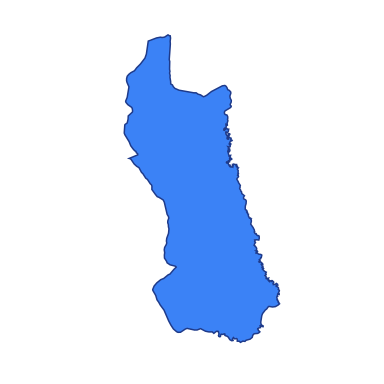 outline of Samfya, Luapula, Zambia, rotated 345°
{"feature_id": "96606910B51649803270254", "entity_name": "Samfya", "entity_type": "district", "adm_level": 2, "iso_a3": "ZMB", "parent_name": "Zambia", "parent_adm1": "Luapula", "projection": "robinson", "projection_center": [29.71, -11.747], "detail": "fine", "context": "isolated", "style": "filled", "palette": "blue", "viewbox_px": 384, "rotation_deg": 345, "n_neighbors": 0, "source": "geoboundaries", "source_scale": "gbopen_adm2", "svg_char_len": 6108}
<svg xmlns="http://www.w3.org/2000/svg" viewBox="0 0 384 384"><g transform="rotate(345 192 192)"><path d="M188.8,34.9L183.6,47.0L181.2,50.5L175.2,55.1L170.7,57.7L167.8,60.0L163.9,60.9L161.4,62.0L159.4,63.4L158.2,65.5L157.6,67.6L157.6,69.4L158.3,74.1L153.9,83.8L151.4,87.1L151.4,88.4L152.6,91.0L155.6,94.6L155.9,96.0L155.6,98.4L155.1,99.4L150.1,102.0L149.1,105.1L147.3,108.5L144.7,109.5L144.3,110.2L142.0,116.9L141.8,117.8L142.0,119.4L144.3,127.2L144.8,131.5L146.2,135.1L147.3,137.3L148.3,138.2L148.4,139.7L149.4,140.9L149.2,142.1L140.0,143.3L141.0,143.9L141.6,144.8L143.4,150.0L145.2,152.8L147.1,154.8L148.3,160.0L149.3,161.6L150.9,166.7L152.2,168.3L153.8,173.2L154.7,174.6L154.8,176.0L153.9,179.2L156.0,184.8L157.2,187.5L158.7,188.6L162.1,192.2L162.6,194.6L162.2,207.2L162.9,209.6L162.8,211.2L161.1,213.7L160.6,215.4L160.7,217.4L160.2,219.6L160.2,221.6L158.6,225.9L155.6,230.2L154.6,232.7L154.4,234.7L153.6,236.0L151.2,238.5L150.2,240.7L149.9,243.6L149.0,245.7L148.3,248.7L149.4,252.0L149.7,254.1L150.1,254.5L152.0,256.7L156.3,259.1L157.1,259.8L157.3,260.5L154.6,262.0L149.4,265.6L147.6,265.8L142.3,268.2L139.1,268.6L134.6,270.6L131.1,273.0L128.8,276.0L128.7,276.9L130.2,282.6L130.3,287.1L131.3,289.8L132.1,293.0L134.4,298.8L136.1,310.4L137.2,315.2L138.6,319.5L141.0,323.0L142.1,323.9L144.6,324.5L150.3,322.6L152.0,322.5L158.8,326.0L161.2,326.6L164.9,326.2L168.9,329.9L171.8,331.4L175.4,332.4L176.5,334.2L179.5,332.9L181.0,333.2L181.4,333.6L181.2,334.4L181.4,336.1L180.4,337.5L180.5,338.4L181.2,339.0L182.0,339.0L183.1,337.0L183.8,337.0L185.0,337.6L186.3,337.3L187.0,337.7L187.0,338.0L186.6,338.7L186.9,339.3L188.7,340.5L189.5,341.7L190.3,344.4L191.8,345.9L193.2,346.1L193.4,345.9L192.9,344.6L194.3,343.3L195.3,345.0L197.1,345.1L197.5,345.6L197.5,346.4L197.1,347.8L199.0,348.4L199.9,349.8L202.5,349.2L204.5,350.0L205.9,349.2L210.0,349.2L212.6,348.0L213.6,346.1L215.4,345.0L218.9,345.6L221.0,345.0L221.4,344.5L220.3,342.9L220.3,342.0L219.9,341.4L220.1,341.0L221.7,340.6L223.0,340.7L223.2,340.1L223.1,338.8L223.7,338.7L224.9,340.1L225.8,340.5L226.1,339.9L224.8,338.5L224.5,337.3L224.7,335.6L227.4,329.5L228.7,327.7L232.2,325.0L233.9,324.3L235.7,322.8L236.7,322.4L240.0,323.9L242.9,324.3L245.9,323.5L247.5,322.7L247.1,322.3L247.4,321.7L246.7,320.7L247.2,319.9L246.6,319.3L246.7,318.2L246.2,318.0L246.6,317.1L246.6,315.7L246.9,315.1L247.8,314.9L247.7,313.8L248.4,313.3L248.5,312.8L249.7,313.5L249.9,312.8L249.4,311.8L250.8,310.1L250.9,309.6L250.1,308.4L250.5,308.0L250.7,306.9L249.7,305.2L249.0,305.1L248.9,304.7L250.3,303.7L250.7,304.0L250.8,303.3L249.8,302.1L248.3,302.9L247.6,302.4L246.6,302.5L246.6,301.1L247.4,300.6L247.6,300.1L246.7,298.5L246.4,298.3L245.8,298.9L245.4,298.2L244.5,298.1L244.0,298.8L243.7,298.8L242.9,297.3L243.7,297.2L242.7,296.0L243.7,295.0L242.2,294.8L241.6,295.1L241.2,294.8L241.7,293.2L240.9,291.5L242.2,291.1L242.3,290.6L242.0,290.4L241.9,289.8L243.0,288.7L241.5,287.3L240.1,284.8L241.3,284.5L241.1,283.9L240.2,283.2L241.2,282.7L240.5,281.6L240.5,280.6L240.2,279.7L240.6,279.6L241.6,280.4L241.7,279.8L240.7,277.8L239.9,277.3L238.8,277.3L238.6,276.8L239.9,276.7L240.0,276.0L239.4,275.6L239.4,274.8L241.1,274.2L241.3,273.3L242.0,273.2L243.1,271.0L242.3,270.1L240.3,269.3L239.1,267.8L238.1,267.7L238.3,267.0L239.5,266.7L238.6,265.5L239.7,265.8L239.3,264.5L239.9,263.1L239.4,261.4L238.9,261.0L239.0,260.4L238.2,259.6L239.2,258.0L240.2,257.4L239.7,256.1L240.2,255.7L240.1,254.6L242.2,254.9L244.1,255.7L245.0,254.1L245.4,252.3L245.2,251.4L244.0,251.1L243.6,250.6L243.2,248.9L242.6,249.0L242.1,248.3L241.8,246.9L242.3,246.7L242.1,246.0L242.4,245.0L241.8,242.1L240.4,238.2L241.7,235.8L242.0,234.6L241.8,233.9L242.3,233.3L241.8,233.1L241.8,232.3L240.8,232.2L240.6,231.6L240.6,230.9L240.3,230.3L240.4,228.7L240.8,228.1L240.2,227.6L240.0,226.5L240.3,226.1L240.1,225.8L239.8,226.0L239.6,225.4L240.2,225.0L240.2,224.6L239.9,223.6L239.1,223.0L239.0,222.2L239.9,219.3L241.2,217.3L242.1,214.7L241.8,213.5L240.1,211.9L240.5,210.2L241.7,209.2L239.7,206.4L239.9,204.6L239.4,203.9L239.5,202.8L239.0,201.6L239.0,200.7L239.6,200.1L239.7,199.4L240.4,198.2L239.3,194.8L239.4,194.3L238.6,191.2L239.0,190.6L240.9,189.2L240.9,188.1L240.5,187.8L241.1,187.4L240.8,186.5L241.7,186.0L241.5,185.1L242.2,183.2L241.7,181.6L243.0,180.7L242.5,180.4L242.5,179.4L241.9,179.5L241.5,179.2L241.5,178.9L242.2,179.1L242.2,177.0L241.9,177.0L241.5,177.8L241.0,176.6L239.3,175.8L238.2,177.9L237.9,176.7L237.2,178.3L235.5,177.7L235.3,177.4L235.8,177.1L235.6,175.8L234.8,176.1L234.2,173.6L232.9,172.8L232.9,172.3L233.2,171.9L233.5,172.0L235.0,173.1L235.3,172.8L234.6,172.0L235.2,171.2L236.3,172.1L236.8,170.4L237.2,171.1L238.9,170.6L238.9,170.0L237.4,169.1L238.0,168.7L237.3,167.5L238.4,167.3L238.8,166.6L237.2,166.5L237.1,166.2L237.1,161.8L237.5,161.4L237.8,161.5L238.1,162.9L239.3,162.0L239.5,160.4L238.1,160.1L238.1,159.8L239.1,159.6L238.4,157.5L239.7,158.2L240.6,158.1L240.8,157.1L242.0,155.7L241.9,155.4L240.4,155.7L240.4,155.1L242.3,152.8L243.6,152.9L244.1,152.5L243.1,151.5L243.7,150.2L243.0,149.8L242.0,148.3L241.5,148.6L240.9,150.4L239.9,150.0L239.7,149.4L240.3,147.9L242.7,146.8L243.6,145.9L243.2,145.3L242.3,145.2L241.7,146.6L240.2,146.3L239.8,144.7L240.1,142.9L240.5,142.7L240.9,143.8L241.6,144.0L242.8,142.8L243.7,140.8L242.5,140.4L242.0,139.5L239.2,140.8L238.7,140.3L239.3,139.2L240.2,138.7L241.0,138.9L241.9,137.8L242.3,135.5L242.6,135.8L242.9,136.8L243.5,136.6L243.7,134.7L245.1,132.5L245.1,131.0L245.7,129.9L246.0,128.4L245.7,126.7L244.3,125.9L243.7,124.9L243.9,123.4L244.5,122.5L245.3,122.1L250.8,120.5L251.9,119.8L252.1,119.1L251.5,118.3L251.5,117.3L253.2,115.2L253.7,113.6L253.2,111.4L253.4,109.1L255.0,106.8L255.3,105.5L254.4,103.6L253.0,102.4L252.8,100.3L252.3,98.7L251.3,97.6L248.7,97.3L236.7,100.0L231.4,102.3L229.0,102.9L227.6,102.9L225.4,100.4L223.2,99.1L221.7,97.3L219.5,96.7L205.8,90.3L202.2,87.4L201.2,85.4L200.8,83.5L199.4,82.1L200.0,79.6L200.4,75.4L201.0,74.0L201.1,71.3L201.9,69.8L202.1,67.6L204.3,60.1L204.3,58.2L209.4,43.4L209.9,40.8L211.1,37.8L211.4,35.5L210.6,35.2L209.5,34.0L205.5,35.3L203.1,35.0L201.6,34.3L197.6,34.0L188.8,34.9Z" fill="#3b82f6" stroke="#1e3a8a" stroke-width="1.5"/></g></svg>